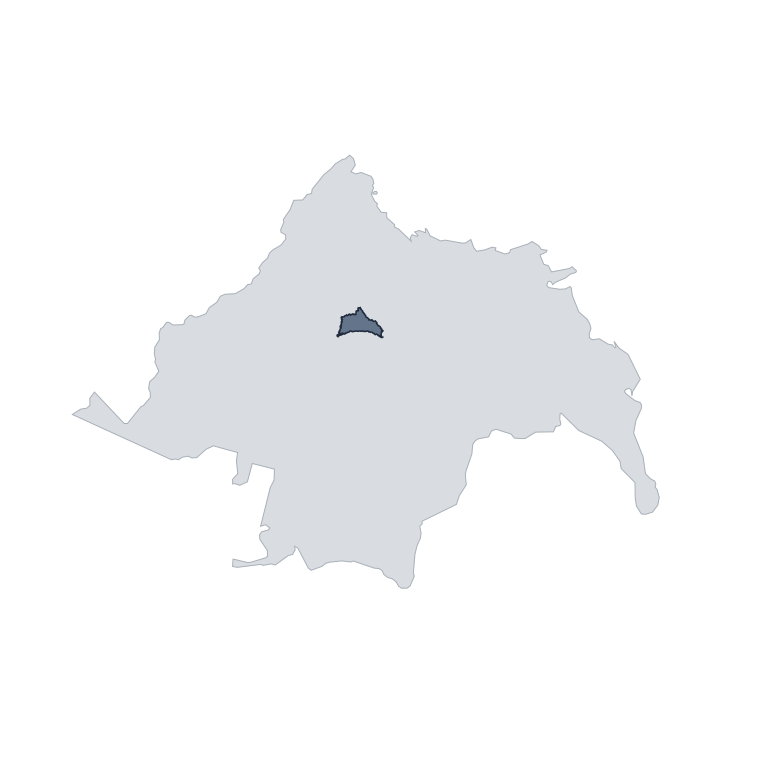 Uribe, Meta, Colombia (highlighted), rotated 104°
{"feature_id": "7082276B13422583014597", "entity_name": "Uribe", "entity_type": "district", "adm_level": 2, "iso_a3": "COL", "parent_name": "Colombia", "parent_adm1": "Meta", "projection": "mercator", "projection_center": [-74.312, 3.147], "detail": "fine", "context": "in_parent", "style": "filled", "palette": "slate", "viewbox_px": 768, "rotation_deg": 104, "n_neighbors": 0, "source": "geoboundaries", "source_scale": "gbopen_adm2", "svg_char_len": 9022}
<svg xmlns="http://www.w3.org/2000/svg" viewBox="0 0 768 768"><g transform="rotate(104 384 384)"><path d="M441.4,109.5L433.8,112.7L418.9,116.6L408.7,133.4L401.8,136.4L393.2,146.4L386.9,158.7L382.0,183.8L369.4,205.0L370.4,205.9L375.5,205.0L380.2,202.7L381.9,203.4L383.7,207.1L389.4,208.0L394.0,225.2L402.8,233.9L403.7,237.3L404.9,244.4L401.8,248.7L400.8,264.4L403.6,268.3L410.1,269.8L414.5,279.5L417.2,281.8L421.2,283.3L430.8,281.8L448.1,283.4L452.2,283.2L461.9,279.8L474.2,283.9L483.3,284.6L508.0,314.0L510.4,313.1L513.5,314.9L519.8,311.9L525.2,311.4L532.3,312.8L541.6,312.8L560.3,309.8L563.1,308.1L573.4,309.8L576.4,312.0L577.9,317.5L576.7,320.9L573.1,324.3L571.1,328.7L570.7,334.0L568.9,337.9L565.6,340.5L564.3,344.2L565.0,349.0L563.2,371.1L564.7,373.0L565.8,382.0L570.1,393.8L572.1,397.2L575.8,399.9L582.4,409.6L580.9,412.9L564.0,428.0L563.1,431.5L566.4,430.1L571.6,431.5L573.4,435.2L585.9,445.7L585.8,449.8L589.3,457.7L588.7,459.5L597.4,482.0L597.7,486.8L590.4,488.1L590.2,473.0L589.1,469.9L581.0,456.4L579.2,455.4L573.8,456.9L564.7,466.9L560.4,468.3L557.0,466.9L553.6,461.0L551.3,459.9L549.2,464.9L551.9,469.3L511.7,469.3L503.9,467.4L493.1,469.7L493.0,492.6L512.0,492.9L517.2,499.4L516.8,504.8L517.6,506.7L513.0,507.8L506.4,504.2L494.6,508.5L485.9,509.5L485.3,534.7L490.5,541.0L500.7,547.8L502.2,552.3L501.5,556.7L503.9,562.1L507.2,565.0L507.2,568.2L508.9,571.9L489.0,679.0L481.9,672.4L479.3,666.5L475.9,664.1L469.2,666.0L461.9,663.0L485.2,626.6L484.4,623.4L465.0,614.5L463.0,612.2L453.7,607.5L448.6,608.8L445.7,611.2L438.7,612.0L432.9,608.1L426.2,605.6L418.0,611.7L415.6,611.6L409.8,614.3L403.5,615.3L395.4,612.6L388.9,614.5L384.3,614.1L382.6,612.2L376.8,610.0L376.2,607.5L377.8,603.1L375.3,594.2L374.4,592.7L370.0,592.6L364.8,589.4L363.8,587.5L364.9,583.9L363.9,580.8L358.9,573.8L351.9,571.9L345.2,566.0L338.4,564.0L335.3,559.8L332.4,550.3L325.4,542.9L320.5,540.3L318.9,536.9L313.8,536.5L307.0,531.6L304.0,531.3L301.9,533.6L295.6,531.2L290.2,527.6L284.6,526.7L281.0,524.5L274.3,517.7L267.2,514.4L263.1,515.6L261.7,520.6L259.3,521.6L251.1,520.3L249.7,521.3L247.6,521.1L237.5,517.3L227.6,516.0L225.1,507.4L218.7,504.4L216.8,500.4L212.4,500.8L195.4,493.0L188.4,487.7L182.4,484.7L176.1,478.6L175.1,476.2L170.3,472.7L172.7,468.2L178.5,464.8L186.1,467.4L187.0,462.2L184.3,457.5L185.6,446.9L187.6,444.5L191.7,442.4L194.3,443.3L196.0,441.5L202.2,442.3L204.0,441.5L208.8,437.3L210.8,433.9L212.9,434.2L218.0,428.5L217.2,422.8L221.9,421.6L226.9,412.2L229.0,412.0L230.1,407.5L238.9,392.1L235.7,393.9L232.3,392.8L232.8,387.6L231.8,386.9L229.0,391.0L226.5,386.9L227.2,380.3L223.2,381.5L223.4,380.0L229.1,375.0L231.5,363.5L229.6,359.4L228.4,342.3L227.4,339.0L222.8,334.7L230.1,329.8L232.8,326.2L229.4,318.5L225.0,312.1L224.9,308.3L227.5,308.6L228.6,298.0L226.1,293.9L223.1,293.8L213.3,278.1L209.9,274.8L212.4,267.3L215.4,263.9L214.8,258.2L216.7,258.5L220.9,263.7L222.6,262.9L229.2,257.9L229.4,253.3L234.7,248.5L227.2,232.3L224.7,229.8L227.7,224.6L229.4,224.9L232.4,229.9L237.0,233.3L243.8,242.3L246.8,244.3L244.6,246.3L244.2,248.4L245.2,249.6L249.1,249.9L250.6,247.4L249.6,236.5L247.9,231.0L244.4,227.1L245.5,225.5L252.5,222.8L267.0,212.3L272.0,202.5L275.8,198.9L280.1,196.6L285.3,197.1L289.4,195.9L290.7,192.7L288.0,185.9L291.1,176.5L290.9,171.8L293.0,168.9L292.3,167.8L287.0,171.1L292.4,164.5L296.2,154.4L317.4,136.5L331.1,140.9L335.5,140.6L329.8,142.8L328.9,145.4L330.9,148.1L333.0,148.9L334.8,147.1L339.4,136.7L340.0,130.9L342.1,129.0L345.0,128.3L358.5,130.7L371.2,129.9L392.1,114.9L407.8,108.6L411.6,102.4L412.7,97.8L415.5,96.0L418.5,96.0L420.3,93.5L427.5,89.5L435.2,89.0L443.4,92.5L447.2,98.7L447.8,102.9L441.4,109.5ZM202.4,440.4L201.4,441.2L199.6,439.8L199.0,438.0L200.1,436.7L201.5,437.1L202.4,440.4Z" fill="#d9dde1" stroke="#a8b0b8" stroke-width="1"/><path d="M315.5,425.5L315.7,425.8L316.0,425.9L316.0,426.1L316.2,426.5L316.1,426.8L316.2,427.3L316.5,427.2L317.3,427.3L317.6,427.5L317.9,427.1L318.1,427.0L318.3,426.9L318.9,426.5L319.0,426.5L319.3,426.8L319.2,427.3L319.6,427.8L319.7,428.4L320.1,428.7L321.2,428.5L321.5,428.5L321.8,428.3L322.7,428.0L323.5,428.2L323.4,428.5L323.6,428.9L323.5,429.1L323.7,429.4L323.7,429.5L323.8,429.9L323.4,430.2L323.6,430.4L323.6,430.6L323.7,430.9L323.6,431.1L324.0,431.2L324.1,431.9L324.4,432.4L324.5,432.9L325.1,432.9L325.3,433.0L325.0,433.5L324.9,433.6L325.0,434.0L324.9,434.2L324.9,434.3L324.6,434.5L324.8,434.9L325.2,434.9L325.4,435.1L325.5,435.3L326.2,435.6L326.4,435.9L326.4,436.2L326.2,436.4L326.0,437.1L326.6,437.3L326.8,437.6L327.1,437.7L327.1,438.1L327.4,438.6L327.9,438.9L328.4,438.9L328.9,440.6L328.9,441.0L329.1,441.1L329.3,441.1L329.4,441.5L329.6,441.6L329.8,441.6L329.8,441.2L329.9,441.3L330.4,441.2L330.4,440.9L330.6,440.9L330.7,440.7L330.9,440.6L331.0,440.7L331.3,440.8L331.5,440.6L331.8,440.7L332.1,440.5L332.1,440.4L332.2,440.5L332.5,440.3L333.0,440.0L333.3,439.9L333.4,440.0L333.6,439.9L333.9,440.3L334.1,440.2L334.2,440.3L334.3,440.2L334.3,440.3L334.5,440.2L334.8,440.2L335.0,440.1L335.4,440.0L335.6,440.0L335.9,440.1L336.0,440.0L336.3,440.1L336.6,439.8L336.9,439.9L337.2,439.8L337.2,439.6L337.5,439.5L337.9,440.2L338.3,440.1L338.5,440.3L338.6,440.0L338.8,439.7L339.1,439.8L339.4,439.6L339.8,439.9L339.9,439.7L340.1,439.7L340.1,439.4L340.3,439.5L340.5,439.4L340.8,439.7L341.0,439.8L341.3,439.6L341.7,439.6L342.1,439.7L342.3,439.9L342.8,439.6L343.1,439.6L343.4,439.8L343.6,439.8L343.7,440.1L344.1,439.7L344.5,439.9L344.7,440.3L345.0,440.2L345.1,440.3L345.2,440.2L345.1,439.6L345.3,439.5L345.5,439.8L345.8,439.6L346.1,439.6L346.5,439.7L346.5,439.9L346.6,440.0L346.8,440.0L347.1,440.2L347.3,440.1L347.7,440.6L347.6,440.8L348.0,440.8L348.1,441.1L347.8,441.1L347.9,441.3L348.0,441.3L348.2,441.0L348.5,440.9L348.4,440.6L348.5,440.5L348.8,440.8L349.0,440.8L349.1,440.5L349.3,440.7L349.1,440.4L349.2,440.1L348.7,440.1L348.5,439.9L348.3,440.0L348.4,439.7L348.2,439.4L347.8,439.3L347.7,439.3L347.6,439.0L347.2,438.8L347.3,438.5L347.2,438.2L347.1,438.3L346.9,438.4L346.9,438.1L346.7,438.3L346.4,438.2L346.5,438.0L346.2,437.9L346.3,437.7L346.1,437.5L345.9,437.7L345.9,437.4L345.7,437.4L345.3,437.3L345.4,437.1L345.2,436.9L345.6,436.9L345.4,436.5L345.6,436.5L345.7,436.4L345.4,436.0L345.2,436.1L345.1,435.7L345.3,435.7L345.2,435.6L345.2,435.4L344.7,435.2L344.7,434.8L344.9,434.7L344.7,434.4L344.9,434.1L344.7,434.0L344.3,433.9L344.3,433.5L344.2,433.4L344.0,433.2L343.8,433.3L343.7,433.1L343.6,432.8L343.5,432.6L343.4,432.4L342.8,432.1L342.7,431.5L342.4,431.3L342.2,431.0L342.2,430.7L341.9,430.3L341.3,429.9L340.7,429.6L340.6,429.4L340.7,429.0L340.6,428.7L340.9,427.9L340.9,427.5L340.9,427.2L340.4,426.7L340.5,426.4L340.3,426.2L340.3,425.9L340.1,425.7L339.9,425.2L339.8,424.7L339.3,423.8L339.2,423.4L339.3,422.9L339.1,422.0L339.1,421.9L339.1,421.5L338.5,420.8L338.4,420.3L338.5,419.1L338.0,418.3L337.7,417.6L337.7,417.3L338.0,416.9L337.8,416.6L337.7,416.5L337.6,416.2L337.8,415.8L337.6,415.0L337.6,414.8L337.5,414.7L337.4,414.3L336.9,413.8L336.8,413.0L336.6,412.7L336.5,412.2L336.7,411.8L336.8,411.8L336.9,411.7L337.1,411.5L336.9,411.2L337.0,410.7L336.8,410.4L337.2,409.7L336.8,409.2L336.6,408.3L336.7,408.0L336.9,407.6L337.0,407.4L337.3,407.1L337.2,406.9L337.4,406.5L337.3,406.1L337.4,405.8L337.7,405.7L337.8,405.4L337.9,404.9L338.0,404.8L338.2,404.5L338.0,404.4L337.8,404.0L337.4,403.4L337.5,403.1L337.6,402.6L337.8,402.4L337.8,402.2L337.9,401.9L338.1,401.9L338.3,401.4L338.1,401.1L338.1,400.9L338.3,400.9L338.4,400.7L338.6,400.6L338.5,400.1L338.8,400.0L338.6,399.4L338.9,399.4L339.1,399.2L339.0,398.9L339.3,398.6L339.5,398.1L339.4,397.9L339.2,397.8L339.1,397.5L339.3,397.2L339.1,397.1L339.2,396.9L339.0,396.5L338.8,396.5L338.9,396.9L338.8,397.4L338.7,397.6L338.4,397.9L337.9,398.1L337.2,398.7L336.7,399.0L336.6,398.8L336.3,398.9L335.5,398.9L335.3,399.0L334.9,399.1L334.7,398.9L334.4,398.9L334.0,399.0L334.0,398.9L333.9,398.9L334.0,398.6L333.7,398.5L333.6,398.2L333.4,398.1L333.1,398.0L332.9,398.3L332.5,398.1L332.4,398.5L332.5,398.7L332.4,398.8L332.2,399.3L331.6,399.3L331.7,399.6L331.5,399.8L331.2,399.9L330.9,400.7L330.7,400.9L330.4,400.9L330.2,400.7L329.8,401.2L329.4,401.5L329.2,401.8L329.1,402.4L329.0,402.8L329.0,403.1L328.7,403.2L328.6,403.3L328.5,403.7L328.7,403.8L328.2,404.5L327.8,404.9L327.2,405.8L327.0,405.7L326.7,405.8L326.5,405.6L326.3,405.7L326.2,405.9L325.9,406.1L325.7,406.6L324.9,407.6L325.4,408.1L325.6,408.5L325.4,409.1L325.5,409.5L325.8,409.7L325.7,409.9L325.1,410.4L325.1,410.7L325.2,410.9L324.6,411.3L324.9,411.7L324.9,411.8L325.0,411.9L325.0,412.1L325.4,412.6L325.4,412.9L325.1,413.7L325.3,413.9L325.4,414.1L325.1,414.2L324.7,414.4L324.7,414.6L324.5,414.8L324.3,415.0L324.0,415.5L323.9,415.8L323.6,416.1L323.6,416.6L323.6,416.9L323.4,417.7L323.0,417.8L322.6,418.2L322.0,418.3L321.7,418.7L321.7,418.8L321.6,419.0L321.5,419.4L320.7,419.9L320.7,420.4L320.4,420.5L320.2,420.5L320.1,420.9L319.3,421.7L319.4,422.1L319.2,422.3L318.9,422.3L318.4,422.4L318.2,422.6L318.2,422.8L317.4,423.9L317.2,424.4L316.7,424.5L316.6,424.8L316.5,425.2L316.3,425.3L316.0,425.3L315.9,425.5L315.6,425.4L315.5,425.5Z" fill="#64748b" stroke="#1e293b" stroke-width="1.5"/></g></svg>